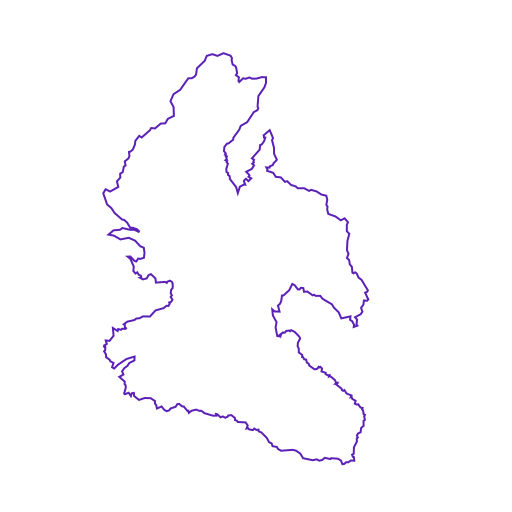 outline of Quito, Pichincha, Ecuador, rotated 201°
{"feature_id": "8360857B23484517950931", "entity_name": "Quito", "entity_type": "district", "adm_level": 2, "iso_a3": "ECU", "parent_name": "Ecuador", "parent_adm1": "Pichincha", "projection": "albers", "projection_center": [-78.517, -0.167], "detail": "fine", "context": "isolated", "style": "outline", "palette": "violet", "viewbox_px": 512, "rotation_deg": 201, "n_neighbors": 0, "source": "geoboundaries", "source_scale": "gbopen_adm2", "svg_char_len": 6055}
<svg xmlns="http://www.w3.org/2000/svg" viewBox="0 0 512 512"><g transform="rotate(201 256 256)"><path d="M391.0,377.5L391.3,369.8L386.3,365.5L382.9,357.4L387.4,352.5L388.3,347.3L392.4,345.5L396.0,338.9L399.7,337.9L400.1,335.4L405.2,325.7L408.1,326.3L409.9,320.2L409.0,316.8L409.1,311.3L410.6,308.5L411.9,307.7L410.0,304.0L410.0,301.5L412.4,297.3L410.2,293.7L411.4,292.1L410.5,286.5L412.3,284.1L410.8,280.6L412.6,275.8L409.3,271.1L415.3,263.9L420.3,264.4L421.1,259.8L413.4,250.7L408.2,248.9L403.5,245.5L393.9,242.0L392.1,242.5L388.3,241.0L383.5,237.3L381.3,238.2L376.5,238.3L374.1,237.2L374.2,236.5L379.0,236.9L382.7,235.4L390.8,234.2L392.4,231.7L398.2,228.9L401.4,223.1L396.1,224.1L388.5,222.9L381.3,227.4L374.3,227.0L367.5,223.6L363.7,223.5L361.2,218.9L360.0,214.2L363.0,211.8L365.1,211.4L365.8,208.0L367.8,207.9L373.1,210.5L375.6,209.4L372.1,208.2L366.3,202.3L365.1,198.0L362.2,196.5L361.0,198.2L358.8,196.5L356.3,196.3L355.3,194.7L356.3,194.1L353.3,193.6L350.0,195.9L349.5,199.6L347.6,201.4L341.9,199.1L339.9,195.3L331.7,199.2L329.7,198.9L329.7,200.1L327.6,202.1L325.5,201.8L324.0,200.6L322.3,196.3L323.1,194.1L322.3,190.7L320.4,189.1L321.0,187.2L318.3,185.2L318.9,182.6L320.4,181.5L319.4,180.5L319.9,177.9L321.7,177.5L323.6,174.2L330.3,169.2L333.3,161.5L339.9,159.1L342.6,156.0L345.3,154.8L346.5,152.7L352.6,148.6L355.0,144.8L353.7,144.5L352.8,142.4L351.4,142.0L351.7,141.2L354.9,140.1L355.6,138.7L358.5,138.4L358.3,136.4L363.8,137.5L360.4,130.5L362.3,124.3L366.0,123.3L363.8,120.5L364.9,119.1L364.5,117.9L365.6,118.0L365.6,117.1L363.6,116.0L363.1,113.7L363.7,112.6L360.9,110.5L359.7,107.8L355.4,106.7L354.3,105.5L350.7,105.1L350.5,100.6L348.1,100.1L345.8,105.2L339.9,113.5L333.3,118.6L332.1,114.9L335.9,110.8L336.7,107.3L338.8,104.0L339.7,100.3L337.3,97.8L340.3,94.2L333.5,91.7L332.8,89.3L331.4,88.6L330.4,86.5L329.8,80.3L328.8,80.0L325.9,82.7L322.6,80.4L322.8,83.3L321.0,84.4L319.6,81.6L313.7,79.7L308.9,83.6L303.4,85.5L298.3,84.4L297.5,82.1L295.8,81.1L293.8,78.1L290.2,81.7L286.7,79.6L283.9,79.1L281.7,80.8L281.1,83.1L277.0,86.4L276.4,89.5L274.8,90.4L271.1,89.1L269.5,89.6L264.5,86.8L263.7,87.3L262.5,85.5L260.5,88.6L256.7,91.2L253.4,91.1L251.7,91.9L247.6,90.8L238.9,91.5L235.7,92.8L236.7,94.2L235.5,94.4L231.3,92.7L229.6,94.3L226.7,94.0L224.9,95.8L224.7,97.2L221.9,98.6L217.6,97.2L216.8,95.3L214.7,95.4L213.6,94.5L206.0,96.9L203.0,94.8L203.0,91.5L201.6,92.4L200.4,91.7L196.6,92.3L195.8,94.3L193.4,93.7L191.5,94.8L190.7,93.3L187.8,93.2L180.8,90.1L177.0,86.8L174.3,86.7L172.4,84.4L168.1,85.2L166.3,83.7L162.8,83.2L152.2,88.2L148.8,88.6L143.8,87.4L139.6,84.1L129.8,85.7L126.5,87.9L123.6,87.6L121.0,89.4L119.5,92.2L113.7,93.1L113.3,94.2L106.9,96.1L103.4,95.5L100.7,92.6L99.0,93.6L98.1,95.7L95.8,96.5L94.3,99.0L90.9,100.1L92.5,103.3L93.6,103.2L95.1,105.0L93.9,106.3L96.0,112.5L95.3,118.8L96.6,122.0L95.9,123.0L97.5,124.6L97.1,126.9L95.2,128.9L96.2,133.2L94.7,136.0L96.5,140.5L95.6,142.0L97.4,144.8L97.4,146.7L98.7,146.7L100.8,150.3L102.0,150.8L102.0,152.3L104.2,152.0L107.4,154.2L108.5,153.4L110.9,153.6L111.1,156.5L115.0,157.1L116.1,158.6L117.0,158.0L116.9,160.0L122.1,160.1L125.5,162.5L126.2,161.4L127.6,161.5L128.6,162.8L135.0,164.8L134.7,165.6L136.0,165.2L135.0,166.8L136.0,166.5L137.9,168.5L143.9,170.5L144.6,169.7L144.8,171.1L145.9,170.3L148.7,170.7L149.1,171.9L153.5,171.7L154.0,174.6L156.2,175.6L157.0,174.6L157.7,175.0L158.6,172.3L160.9,171.2L167.0,172.8L168.0,174.2L170.4,174.8L172.1,177.3L174.0,176.8L175.7,178.4L176.7,178.2L177.4,180.2L181.5,181.3L182.9,184.9L184.8,186.7L185.8,190.0L185.2,194.7L186.8,196.3L192.7,199.0L196.6,199.4L197.3,197.9L198.3,198.3L200.9,196.9L201.7,194.7L203.5,194.2L203.5,192.7L203.8,193.4L204.6,192.6L204.5,191.3L204.9,191.9L206.1,189.9L205.6,189.3L207.5,188.9L212.1,196.3L213.1,201.6L218.9,206.5L221.7,212.0L218.7,210.9L214.1,212.5L217.7,217.6L216.5,219.9L216.3,223.0L217.6,228.4L216.2,229.0L212.7,236.1L212.1,242.9L209.5,242.6L204.8,239.8L203.4,240.4L202.7,242.4L200.3,243.0L198.4,239.8L195.3,241.2L189.0,239.6L187.8,240.6L186.0,240.2L181.7,241.8L178.5,239.9L167.8,238.1L164.7,235.7L158.7,233.1L154.0,228.3L146.2,233.5L145.3,230.1L143.1,229.7L139.8,227.0L139.3,224.8L136.4,227.3L137.6,228.0L138.9,232.9L141.6,234.3L137.4,239.2L136.7,242.1L139.3,245.2L138.3,249.1L139.3,253.1L136.3,254.0L135.6,255.7L141.0,260.9L139.4,262.5L139.2,264.0L149.0,271.6L152.6,272.6L155.6,275.7L157.6,276.3L158.9,274.7L160.0,275.0L162.6,280.2L165.5,281.9L167.6,285.6L170.4,286.7L170.4,291.2L173.1,293.9L176.1,303.0L176.8,310.1L180.1,311.7L182.4,317.7L182.2,320.5L186.8,322.9L189.6,319.7L196.0,321.4L203.6,321.2L206.3,325.1L206.9,327.7L208.7,329.0L209.6,334.0L212.0,337.5L216.9,336.8L222.6,338.0L228.3,337.5L229.7,335.8L235.4,336.5L241.3,334.2L243.9,335.2L248.7,334.9L253.7,337.0L255.5,335.6L261.0,338.3L265.9,337.0L269.7,339.8L276.1,339.5L276.3,340.9L278.1,342.4L275.0,343.4L275.1,344.8L272.8,347.0L272.9,348.6L271.0,353.3L275.7,357.8L278.0,363.5L282.5,369.8L282.4,372.2L288.3,378.4L292.1,371.4L291.0,369.5L289.8,369.9L289.6,366.1L290.6,362.2L291.9,361.1L290.7,356.6L294.8,345.7L292.3,345.1L292.3,343.4L291.5,342.6L292.6,340.8L290.3,339.9L291.1,335.8L295.3,331.1L291.7,329.5L291.0,328.8L291.4,327.3L288.3,326.8L289.9,323.2L293.0,324.5L293.6,323.6L294.2,321.6L291.6,318.7L292.9,318.4L295.9,314.9L295.5,308.2L299.2,313.2L307.9,318.5L309.3,321.2L311.2,321.7L311.8,323.5L313.6,323.8L315.0,326.7L315.3,332.1L317.1,333.1L316.9,334.3L318.8,334.5L317.9,335.9L319.0,337.1L318.9,338.5L320.0,338.3L320.5,339.9L321.3,339.7L321.2,341.1L323.5,342.4L324.6,346.5L323.4,350.4L322.0,351.3L319.0,356.4L319.5,358.3L316.9,368.0L316.9,372.0L312.2,377.8L309.6,389.6L307.0,392.6L306.8,394.7L308.1,396.1L311.1,406.2L308.6,416.4L308.7,421.2L310.7,426.4L314.6,425.1L319.3,421.7L323.3,420.1L326.1,420.3L329.2,417.7L331.7,417.3L334.0,412.4L335.1,413.1L336.0,416.7L339.6,417.7L339.1,420.0L342.2,424.9L343.3,425.9L346.4,426.4L349.0,430.2L349.3,432.1L351.6,433.9L359.0,433.7L363.7,429.0L369.0,428.8L373.7,425.2L373.8,419.9L378.4,410.1L377.0,403.9L377.6,401.6L379.6,399.0L382.9,397.6L386.4,383.9L391.0,377.5Z" fill="none" stroke="#5b21b6" stroke-width="2"/></g></svg>